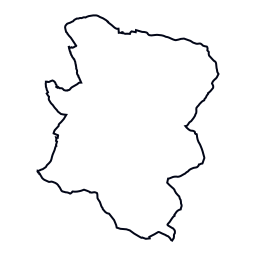 Catina, Cluj, Romania (Albers equal-area conic projection)
{"feature_id": "2599482B31598645365183", "entity_name": "Catina", "entity_type": "district", "adm_level": 2, "iso_a3": "ROU", "parent_name": "Romania", "parent_adm1": "Cluj", "projection": "albers", "projection_center": [24.16, 46.852], "detail": "fine", "context": "isolated", "style": "outline", "palette": "ink", "viewbox_px": 256, "rotation_deg": 0, "n_neighbors": 0, "source": "geoboundaries", "source_scale": "gbopen_adm2", "svg_char_len": 5609}
<svg xmlns="http://www.w3.org/2000/svg" viewBox="0 0 256 256"><path d="M149.7,238.4L149.3,236.9L154.4,234.3L158.1,232.1L158.7,232.0L159.7,232.3L162.1,233.5L165.8,235.1L166.3,235.6L168.0,236.2L169.2,237.3L170.1,238.3L170.8,239.5L171.2,240.1L172.2,240.6L173.2,238.9L173.6,238.5L174.0,236.6L173.9,235.7L174.0,234.8L174.3,234.0L174.8,233.3L174.9,232.4L174.9,231.3L174.7,230.4L173.2,228.5L172.2,228.0L168.4,225.7L167.7,225.2L167.5,224.6L167.8,224.0L169.7,221.9L172.0,218.4L173.3,216.7L174.6,215.8L174.3,215.0L176.7,211.6L177.5,210.9L178.0,210.5L179.3,209.8L180.7,209.4L180.9,208.3L181.6,206.1L181.6,205.1L181.5,204.8L181.0,203.4L180.9,201.5L180.6,199.9L179.9,198.8L179.2,196.4L178.1,195.4L176.0,193.0L174.6,190.5L174.5,189.9L173.5,188.6L172.2,187.5L169.4,185.0L167.2,182.7L168.1,178.6L169.2,178.5L172.9,177.0L174.4,176.7L176.1,176.6L177.9,176.8L179.4,176.5L180.7,176.0L184.0,174.1L184.9,173.7L186.6,172.2L187.9,171.5L189.4,169.9L190.9,169.0L193.5,167.9L196.3,167.4L197.1,167.1L197.9,166.4L198.6,165.5L198.8,165.0L198.9,164.5L199.9,164.3L201.1,163.7L202.4,163.5L202.7,162.8L203.4,160.7L204.3,158.2L204.3,157.5L202.6,151.3L201.7,148.6L200.6,145.9L200.0,144.5L198.5,141.9L197.6,139.5L197.1,137.1L196.8,134.6L196.6,134.1L195.7,134.0L195.1,133.5L195.0,132.8L194.9,132.1L194.5,131.5L192.9,130.8L190.9,130.6L189.8,130.2L188.5,129.3L186.6,127.6L185.4,126.1L186.8,125.8L187.1,125.6L188.2,124.2L189.0,122.9L189.6,122.2L191.2,121.1L193.6,118.0L195.1,115.6L195.3,114.6L196.2,113.0L196.4,111.2L196.3,109.2L196.4,108.0L197.5,106.5L198.5,105.5L199.5,104.1L201.7,101.8L202.8,101.0L204.2,100.3L204.4,99.4L204.6,99.0L205.9,97.5L206.3,96.5L206.8,95.5L208.1,93.9L208.0,93.2L209.0,92.5L209.4,92.2L209.5,91.9L209.9,91.6L210.4,91.2L212.8,88.3L213.1,87.8L213.2,87.1L213.2,86.3L213.1,85.7L212.4,84.1L212.0,83.6L212.3,82.6L212.9,81.5L213.5,80.7L215.0,79.2L215.7,78.7L216.8,77.4L218.5,74.0L218.1,73.4L217.3,71.9L216.9,69.3L216.6,68.3L216.1,63.6L215.8,62.5L215.2,61.6L213.9,60.8L213.9,60.7L213.0,59.9L209.1,55.6L208.8,54.4L208.7,53.4L208.8,52.4L208.7,51.9L208.6,51.6L208.2,51.3L207.5,50.6L207.3,50.2L207.6,48.9L207.3,47.3L207.1,47.0L206.8,46.6L204.7,46.2L203.1,45.7L201.6,44.3L200.7,43.7L199.8,43.5L197.3,43.8L196.2,43.7L193.1,42.6L190.5,40.9L184.0,38.6L180.9,38.9L178.5,39.6L176.1,40.1L175.3,40.1L174.4,39.9L173.2,39.5L168.7,37.5L167.5,37.1L165.9,36.8L163.6,35.8L161.5,35.3L157.8,34.9L156.1,34.9L151.4,35.4L149.7,35.2L149.2,35.1L148.6,34.7L147.9,34.0L147.3,33.0L146.7,32.6L145.8,32.3L144.2,32.0L142.1,31.9L136.0,30.1L135.7,32.2L131.6,31.4L130.9,32.0L130.4,32.6L130.0,33.4L129.9,33.9L127.8,33.7L125.2,33.8L124.2,33.5L122.6,32.8L122.5,32.6L122.5,32.2L122.1,32.2L122.0,33.1L119.9,32.7L118.8,32.8L118.5,28.7L117.0,28.8L116.5,28.7L115.3,28.1L114.3,27.4L111.7,25.1L108.3,22.5L107.3,21.4L107.5,21.3L106.1,20.2L103.0,18.3L99.7,16.9L98.4,16.1L97.1,15.6L96.1,15.4L93.2,15.4L88.8,16.1L86.6,16.9L85.6,17.5L84.9,17.3L84.1,17.3L83.4,17.4L81.6,18.1L80.4,18.0L79.6,18.1L78.6,18.5L76.6,18.6L76.0,19.0L74.8,19.6L74.0,20.2L73.2,21.2L71.4,22.0L70.4,22.6L68.0,23.4L67.1,23.8L65.6,25.5L65.3,26.3L65.1,27.2L65.3,28.6L66.1,31.9L66.2,32.1L66.8,32.5L67.3,33.3L67.5,33.9L68.0,34.3L68.6,35.3L70.9,37.8L76.2,45.8L75.9,46.2L75.1,46.4L74.0,47.1L73.2,47.5L72.8,47.5L72.4,47.7L71.6,47.3L71.3,47.6L70.5,47.7L70.2,47.5L69.4,47.6L69.1,46.8L68.8,46.9L69.0,47.6L69.0,48.1L70.1,51.9L70.6,52.3L70.5,53.2L71.1,54.3L71.4,55.3L71.7,55.5L71.8,55.8L72.3,56.8L72.4,57.1L72.5,57.3L73.5,58.4L73.7,59.0L74.2,59.2L74.3,59.4L74.5,60.2L75.3,62.1L75.3,62.7L75.4,63.2L75.5,63.8L75.8,64.5L75.7,64.9L76.1,66.1L76.0,66.6L76.3,67.8L76.2,68.7L76.3,68.9L76.5,69.1L77.0,70.4L77.1,71.5L77.0,72.2L76.9,72.6L77.1,73.3L77.1,73.9L77.7,75.0L78.0,75.2L78.3,75.6L78.4,75.9L78.3,76.7L78.8,77.1L81.2,82.6L79.4,82.7L78.7,82.9L77.4,84.1L72.0,87.2L71.2,87.8L69.6,89.7L69.3,89.9L67.3,90.3L67.3,90.5L65.5,90.5L64.0,90.1L63.1,89.2L62.7,88.8L62.2,88.4L61.1,88.2L59.6,88.2L57.9,86.8L57.7,86.8L57.5,87.0L57.4,87.6L56.4,87.1L56.2,86.9L56.5,86.4L56.6,85.5L56.4,84.9L55.7,84.0L55.5,83.2L54.7,81.9L53.6,81.0L52.5,80.5L51.0,81.0L49.1,81.9L47.9,82.0L47.2,81.7L45.9,81.7L45.9,82.7L45.7,83.7L45.9,85.7L45.9,86.8L46.4,88.0L46.8,89.9L48.0,92.3L46.7,93.5L48.1,95.7L49.0,96.7L49.0,97.0L48.8,98.0L48.8,99.3L49.1,100.2L49.4,100.6L50.7,102.8L51.8,104.1L52.6,104.8L54.6,107.6L56.4,109.6L57.0,110.2L57.8,111.5L60.5,113.6L61.0,114.0L63.5,114.5L66.3,114.8L63.8,119.0L61.2,122.0L59.4,123.7L58.8,124.5L58.6,126.0L54.8,130.1L54.4,130.9L53.8,132.5L53.6,133.4L56.6,134.7L58.0,135.2L58.1,135.4L57.7,137.8L56.0,137.4L56.4,138.9L56.3,139.6L56.0,140.9L56.5,141.4L57.0,141.6L56.0,145.0L56.1,145.5L56.3,145.9L55.9,146.1L55.3,147.4L54.6,150.0L52.6,154.8L51.9,157.2L51.5,159.0L50.9,160.7L50.6,161.3L49.1,163.1L47.0,165.1L45.8,167.1L42.7,169.2L41.3,169.6L38.1,171.0L37.9,171.1L37.6,170.9L37.5,171.5L38.0,172.2L38.1,172.5L38.9,172.8L39.2,173.1L39.3,174.0L39.5,174.1L39.9,174.0L40.8,175.7L41.3,176.4L42.0,177.8L43.2,179.0L44.3,179.8L48.9,181.9L49.6,181.9L51.5,181.6L52.7,181.9L55.3,182.9L56.9,183.9L58.1,185.1L58.9,186.5L59.2,186.6L60.0,187.9L61.2,190.2L61.6,190.8L62.4,191.4L65.7,192.3L67.0,192.4L68.2,192.7L69.7,193.3L70.1,193.6L70.7,193.4L72.0,192.3L72.3,191.7L72.6,191.5L74.6,191.7L77.0,191.6L79.3,191.2L81.3,190.7L84.0,189.7L87.4,190.9L89.9,192.0L90.0,192.4L91.8,192.6L94.2,192.2L95.4,192.4L96.9,193.0L97.0,193.2L97.3,194.1L97.4,195.5L97.5,198.1L98.0,199.1L99.9,202.0L101.4,206.3L101.9,207.2L102.6,208.1L102.8,209.1L105.4,212.1L107.1,213.2L109.1,213.7L114.1,220.1L116.2,225.2L116.7,227.6L120.4,228.8L126.4,229.3L129.8,230.4L134.2,233.6L141.0,237.6L141.8,237.8L142.2,237.5L145.8,238.8L149.7,238.4Z" fill="none" stroke="#020617" stroke-width="2"/></svg>